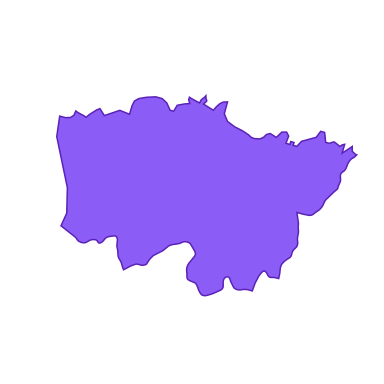 an SVG outline of Podunavski, rotated 286°
{"feature_id": "SRB-831", "entity_name": "Podunavski", "entity_type": "District", "adm_level": 1, "iso_a3": "SRB", "parent_name": "Republic of Serbia", "parent_adm1": "", "projection": "natural_earth1", "projection_center": [20.92, 44.453], "detail": "fine", "context": "isolated", "style": "filled", "palette": "violet", "viewbox_px": 384, "rotation_deg": 286, "n_neighbors": 0, "source": "natural_earth", "source_scale": "10m", "svg_char_len": 3787}
<svg xmlns="http://www.w3.org/2000/svg" viewBox="0 0 384 384"><g transform="rotate(286 192 192)"><path d="M123.4,75.4L137.2,77.4L161.8,71.0L208.0,46.7L228.5,43.9L228.6,49.7L230.0,54.5L233.1,57.3L237.9,58.0L236.9,60.5L235.5,67.0L234.6,69.6L238.2,72.0L244.6,77.7L246.8,80.5L241.3,86.7L250.6,100.1L249.5,110.5L258.4,110.6L263.6,111.6L267.1,115.0L270.5,122.1L273.5,130.9L273.6,137.6L270.7,143.2L264.6,148.4L264.6,152.1L271.3,153.9L274.5,160.3L276.4,165.5L279.7,163.4L282.4,163.4L281.6,166.0L279.7,174.7L283.0,175.4L284.7,176.5L286.1,177.7L288.4,178.8L285.5,179.8L284.3,180.9L283.0,181.0L279.7,178.8L276.5,190.0L280.8,192.0L284.4,194.3L287.0,197.2L288.4,201.3L276.1,201.5L269.6,206.7L266.5,214.8L264.7,223.8L262.6,230.5L260.9,233.8L260.5,236.9L261.7,242.6L264.3,245.7L267.8,247.7L269.8,251.1L267.7,258.0L274.3,261.8L275.7,266.4L272.4,269.5L264.7,268.9L264.7,273.0L267.7,273.0L267.7,276.4L264.7,276.4L264.7,280.2L270.9,283.3L278.8,296.3L285.8,299.0L285.8,303.1L276.6,306.8L276.6,310.6L278.6,313.3L279.3,314.8L278.6,316.9L276.6,321.5L277.9,322.8L278.4,323.1L278.9,323.7L279.9,325.6L270.7,325.6L279.9,333.5L275.3,334.8L273.2,338.9L273.1,340.1L270.4,338.6L268.1,336.4L267.4,335.9L265.9,335.1L263.6,334.3L262.1,334.0L257.7,333.6L256.3,333.3L255.3,333.0L254.3,332.5L252.1,330.8L251.1,330.2L250.1,330.0L249.5,330.0L248.3,330.2L244.9,331.4L244.0,331.6L242.6,331.7L239.3,331.2L235.0,331.0L230.6,328.1L221.4,322.8L219.3,322.1L215.1,321.5L213.7,321.1L211.0,319.9L209.3,318.8L206.4,316.3L203.7,314.4L202.8,313.4L202.2,312.2L201.8,311.0L201.3,305.2L201.2,298.5L192.8,302.3L190.8,303.1L187.3,303.8L183.9,305.1L182.2,305.5L177.2,306.0L175.6,306.4L172.1,307.7L170.8,307.9L169.5,307.9L168.6,307.8L167.7,307.5L165.3,306.1L164.1,305.5L163.1,305.2L162.1,305.0L160.8,304.9L159.0,305.0L157.8,304.9L156.9,304.6L156.0,304.2L155.3,303.6L153.2,301.7L150.8,299.9L148.9,298.9L147.1,298.1L145.8,297.9L144.3,297.8L142.9,297.9L138.0,298.8L132.7,299.2L132.6,295.8L132.4,294.3L131.5,290.9L131.6,289.8L132.0,288.9L132.7,288.0L134.7,286.1L135.7,284.7L135.9,284.0L135.9,283.2L135.6,282.6L135.2,282.0L134.1,281.3L132.7,280.6L129.7,279.4L128.3,279.1L121.8,277.8L113.5,277.2L113.5,273.2L113.3,271.4L112.8,269.1L112.2,267.6L111.2,265.5L110.8,264.0L110.6,262.5L110.7,260.9L111.1,259.5L111.5,258.7L112.8,257.3L116.5,254.0L119.1,252.2L120.0,251.3L120.3,250.6L120.3,249.9L120.1,248.9L119.5,247.9L118.4,247.2L117.5,246.8L116.5,246.6L115.2,246.6L113.9,246.8L110.3,247.9L109.1,248.1L108.2,248.0L107.3,247.8L106.2,247.1L105.0,245.9L100.5,240.6L98.2,237.3L96.8,235.0L96.2,233.9L95.8,232.7L95.6,230.8L95.8,229.7L96.5,228.5L97.5,227.3L99.6,225.4L103.4,222.6L104.4,221.6L105.2,220.6L105.6,219.2L106.1,214.6L106.4,213.2L106.8,212.1L107.5,211.3L108.2,210.8L112.4,209.5L115.2,208.4L116.8,208.0L118.5,207.9L120.2,208.0L121.9,208.4L122.8,208.7L130.8,212.1L132.0,212.4L133.1,212.4L133.9,212.2L135.1,211.5L136.2,210.6L141.5,205.0L142.2,203.8L142.5,202.6L142.6,201.4L142.6,200.2L142.3,199.0L142.0,198.1L141.5,197.2L139.1,194.2L137.3,190.6L136.4,188.3L134.8,185.7L133.9,184.7L132.8,183.8L127.6,180.2L120.3,172.4L116.6,170.3L113.2,169.0L110.9,168.4L110.1,168.1L109.2,167.3L107.9,164.7L107.7,163.6L107.6,159.5L107.4,158.5L106.8,157.3L104.0,153.5L98.4,147.7L100.1,146.3L104.4,143.6L105.2,143.0L108.0,140.1L109.2,139.1L110.4,138.5L115.1,136.8L118.6,135.0L119.6,134.6L120.7,134.4L124.9,133.6L125.9,133.3L126.8,132.9L127.8,132.1L128.4,131.2L128.6,130.2L128.1,128.6L126.4,124.8L125.8,123.7L125.3,123.0L124.7,122.3L123.6,121.5L120.6,120.2L119.4,119.5L118.4,118.6L117.7,117.8L117.3,116.8L117.3,116.4L117.8,115.5L118.6,114.7L119.3,113.7L119.5,112.6L119.3,110.9L118.6,109.0L117.6,107.3L114.5,104.2L113.7,103.1L113.3,101.9L113.1,100.7L113.0,99.4L113.3,97.1L113.9,95.7L114.8,94.4L116.2,92.9L123.4,75.4Z" fill="#8b5cf6" stroke="#5b21b6" stroke-width="1.5"/></g></svg>